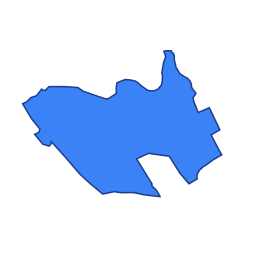 Kuje, Federal Capital Territory, Nigeria, rotated 55°
{"feature_id": "59680162B82387239737873", "entity_name": "Kuje", "entity_type": "district", "adm_level": 2, "iso_a3": "NGA", "parent_name": "Nigeria", "parent_adm1": "Federal Capital Territory", "projection": "orthographic", "projection_center": [7.22, 8.673], "detail": "fine", "context": "isolated", "style": "filled", "palette": "blue", "viewbox_px": 256, "rotation_deg": 55, "n_neighbors": 0, "source": "geoboundaries", "source_scale": "gbopen_adm2", "svg_char_len": 1577}
<svg xmlns="http://www.w3.org/2000/svg" viewBox="0 0 256 256"><g transform="rotate(55 128 128)"><path d="M89.8,48.2L89.3,48.7L86.6,52.4L85.7,54.6L91.3,56.2L92.0,57.4L94.8,61.3L100.5,67.0L102.5,68.8L104.6,69.5L109.1,72.9L112.0,76.1L113.3,80.8L112.9,83.3L112.6,85.3L109.8,89.0L108.1,90.4L101.8,92.7L101.7,92.8L96.5,93.9L93.7,95.1L90.2,98.3L86.7,102.5L85.7,106.4L85.0,109.4L84.9,110.2L84.7,111.3L88.1,114.4L93.1,117.9L92.8,124.2L92.7,127.7L90.2,130.5L79.8,138.2L71.8,143.8L66.2,145.8L58.7,154.9L48.8,168.9L49.4,172.3L49.7,174.0L48.4,175.9L46.6,176.4L48.6,182.8L49.1,184.4L47.4,190.1L48.0,193.5L48.3,195.5L48.4,196.4L48.1,197.9L47.6,200.4L49.1,200.5L55.4,201.0L64.8,201.7L75.2,201.0L78.5,200.7L80.5,203.9L79.6,208.1L92.3,207.1L97.5,203.1L97.1,200.6L95.2,198.6L100.2,198.0L117.5,195.9L131.3,194.6L138.0,193.9L147.4,191.9L151.3,191.0L167.6,186.6L172.2,175.9L177.1,170.6L184.0,160.6L189.5,155.4L191.8,153.3L202.6,141.2L201.9,140.9L198.8,140.7L196.1,140.4L194.0,140.7L192.3,141.0L189.1,141.6L187.6,140.7L187.6,140.4L158.2,138.7L160.5,125.8L174.8,110.4L194.8,111.4L208.7,110.1L209.4,100.6L206.6,98.9L204.9,96.8L203.4,93.1L203.2,90.5L203.2,90.4L202.9,89.5L202.9,88.2L203.1,86.0L202.9,76.2L203.5,68.8L203.8,66.6L198.1,66.1L181.3,63.9L182.2,53.8L158.0,49.8L157.2,54.2L155.6,61.6L153.4,61.1L144.7,59.1L140.6,57.5L138.7,52.5L134.1,52.6L132.4,52.7L130.6,52.3L128.2,50.8L126.7,50.6L125.0,50.2L121.3,50.8L118.2,52.4L113.1,54.4L107.2,53.9L105.1,53.7L104.1,53.0L99.4,51.3L95.1,48.5L94.1,48.6L93.1,47.9L92.0,48.4L90.5,48.7L89.8,48.2Z" fill="#3b82f6" stroke="#1e3a8a" stroke-width="1.5"/></g></svg>